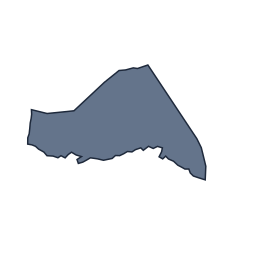 Riachão, Paraíba, Brazil (Robinson projection), rotated 30°
{"feature_id": "56859067B21557901062595", "entity_name": "Riachão", "entity_type": "district", "adm_level": 2, "iso_a3": "BRA", "parent_name": "Brazil", "parent_adm1": "Paraíba", "projection": "robinson", "projection_center": [-35.645, -6.541], "detail": "fine", "context": "isolated", "style": "filled", "palette": "slate", "viewbox_px": 256, "rotation_deg": 30, "n_neighbors": 0, "source": "geoboundaries", "source_scale": "gbopen_adm2", "svg_char_len": 988}
<svg xmlns="http://www.w3.org/2000/svg" viewBox="0 0 256 256"><g transform="rotate(30 128 128)"><path d="M71.7,192.5L77.1,189.8L82.2,188.8L83.8,185.5L88.5,185.3L89.5,180.8L91.2,177.2L96.6,177.3L102.0,176.0L99.6,180.8L102.7,183.5L105.9,180.2L107.9,176.9L110.4,172.6L116.9,170.0L122.9,168.2L126.6,164.9L129.5,162.3L130.9,158.1L134.6,156.1L137.1,152.5L139.2,148.7L143.4,146.7L145.3,143.0L149.0,138.8L152.4,139.7L154.9,133.6L160.1,133.1L162.7,129.2L167.7,128.0L169.0,131.8L169.3,137.4L173.5,137.4L174.7,133.5L178.5,134.6L184.1,134.0L189.7,135.3L194.3,135.1L197.8,135.1L201.2,133.1L204.4,135.8L208.6,136.9L213.6,135.9L220.8,134.3L214.5,122.2L206.6,113.9L201.3,108.4L192.9,102.8L186.8,99.8L113.7,63.5L106.5,71.7L102.5,73.3L96.9,78.9L91.5,82.7L84.7,100.3L72.6,140.1L67.4,143.9L50.7,155.9L35.2,160.4L37.7,164.3L39.3,168.0L40.8,172.5L43.1,177.4L45.3,182.4L46.1,186.6L49.2,192.1L53.3,190.6L57.1,190.1L61.1,191.0L67.2,190.9L71.7,192.5Z" fill="#64748b" stroke="#1e293b" stroke-width="1.5"/></g></svg>